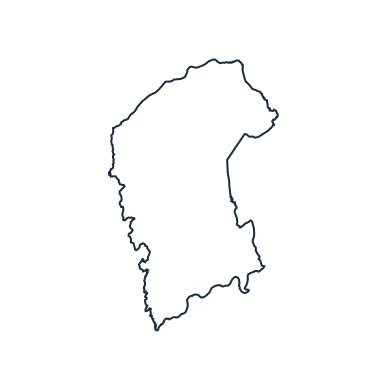 Zoundweogo, Zoundwéogo, Burkina Faso, rotated 32°
{"feature_id": "67063806B75605811528327", "entity_name": "Zoundweogo", "entity_type": "district", "adm_level": 2, "iso_a3": "BFA", "parent_name": "Burkina Faso", "parent_adm1": "Zoundwéogo", "projection": "equal_earth", "projection_center": [-0.952, 11.556], "detail": "fine", "context": "isolated", "style": "outline", "palette": "slate", "viewbox_px": 384, "rotation_deg": 32, "n_neighbors": 0, "source": "geoboundaries", "source_scale": "gbopen_adm2", "svg_char_len": 6040}
<svg xmlns="http://www.w3.org/2000/svg" viewBox="0 0 384 384"><g transform="rotate(32 192 192)"><path d="M99.9,194.3L101.0,196.2L102.5,197.5L103.0,198.4L102.8,199.2L103.3,199.8L105.1,201.2L106.1,201.4L105.8,202.6L105.9,203.4L107.1,205.1L108.5,205.9L109.1,207.7L110.2,208.7L110.2,210.6L111.1,211.2L112.0,212.8L112.1,214.2L111.1,215.7L111.5,216.8L111.5,218.3L111.9,218.9L111.2,219.4L111.8,220.4L112.2,220.4L112.6,219.3L113.2,219.6L113.5,220.3L112.8,220.7L112.6,221.1L112.9,221.5L114.6,221.3L115.1,221.9L118.1,219.6L119.1,219.2L120.7,220.0L121.5,220.0L122.0,220.5L123.8,220.8L124.3,221.9L125.1,222.7L125.8,222.8L126.7,223.6L129.5,222.9L130.1,222.3L130.4,222.6L131.1,222.4L131.7,222.9L131.7,224.5L131.2,225.6L130.3,230.0L131.9,231.9L133.7,232.6L135.5,234.4L136.6,236.7L136.7,237.3L136.2,237.9L136.5,239.3L136.8,240.2L137.4,240.8L138.8,241.3L139.8,242.2L141.3,241.3L142.0,241.7L143.7,244.4L144.6,247.8L146.2,249.3L147.6,250.1L148.0,251.4L148.7,252.4L150.3,251.3L150.7,248.9L151.7,247.3L153.1,246.7L154.3,245.6L155.8,245.4L156.7,244.8L157.3,245.1L157.4,245.3L157.0,245.5L156.6,247.1L156.3,247.4L156.4,248.9L155.9,249.7L156.5,250.7L157.4,254.0L158.7,255.0L161.3,255.4L162.0,256.2L161.8,259.0L160.7,260.7L160.9,262.0L161.4,262.9L163.4,262.9L165.6,264.8L166.8,267.0L169.6,266.5L174.5,271.1L175.6,270.8L175.9,269.8L176.6,268.7L176.7,266.6L175.9,264.3L177.6,261.5L179.7,261.3L180.6,262.3L181.0,262.0L181.7,262.2L182.8,262.0L183.8,263.3L187.9,265.0L188.9,268.2L189.2,270.7L190.4,272.7L189.4,275.1L189.4,276.5L187.6,276.6L187.1,275.5L186.5,275.1L185.7,275.0L185.4,275.5L185.6,276.2L186.0,276.1L186.2,276.9L185.4,279.5L185.5,281.8L186.6,282.4L188.3,284.5L191.1,284.1L192.6,285.3L193.0,284.3L193.7,283.9L194.4,282.7L194.6,281.7L196.0,281.6L195.5,283.0L196.1,283.9L196.9,283.6L197.1,286.0L197.5,286.9L197.1,287.6L197.5,288.1L197.3,288.9L197.7,289.2L197.7,289.9L198.5,292.6L200.0,293.5L200.6,294.2L200.7,295.2L201.4,295.6L201.7,297.1L201.5,297.8L202.0,298.5L202.1,299.2L203.4,299.7L203.5,300.8L204.3,301.5L204.4,302.3L205.0,302.4L205.7,301.1L206.3,301.8L207.5,301.4L207.7,301.6L207.8,302.5L207.4,303.8L207.7,305.6L208.0,305.9L209.3,305.6L210.1,306.5L210.1,307.3L209.4,308.3L209.5,308.7L211.4,311.0L212.4,311.8L214.5,312.2L214.3,313.8L214.7,314.0L214.6,315.3L214.9,316.7L215.7,317.1L215.9,317.5L216.3,317.2L217.3,316.0L217.8,313.1L219.0,312.9L219.2,314.1L221.7,317.2L221.9,319.0L222.5,319.3L223.5,318.3L224.5,319.7L225.5,320.5L226.2,320.3L226.1,320.9L227.9,321.8L228.6,322.6L229.4,322.5L230.0,323.1L230.9,323.1L231.6,323.6L231.8,323.9L231.3,324.4L231.3,324.9L232.0,325.4L232.4,325.2L232.8,326.8L233.3,326.7L233.6,327.3L233.3,327.4L234.2,328.1L235.1,328.2L236.0,327.6L236.3,326.7L235.6,325.1L235.5,323.1L235.9,322.1L235.9,320.7L236.4,320.6L237.1,318.4L237.1,317.7L236.7,317.5L236.9,316.6L236.4,315.8L237.1,313.0L238.8,312.4L239.1,311.9L240.3,312.1L242.2,308.5L243.2,307.6L245.9,306.3L246.4,305.7L247.1,303.8L247.8,300.8L248.9,300.0L249.9,298.3L250.2,297.1L250.0,295.4L249.0,291.6L247.8,289.3L245.3,286.6L244.8,285.4L245.0,283.1L246.2,280.6L247.3,279.9L247.7,278.7L249.2,277.0L251.7,276.1L255.0,276.6L256.0,276.4L256.6,276.1L258.5,273.6L259.9,268.7L260.0,267.1L259.6,264.3L259.7,262.5L261.6,259.2L263.7,257.0L264.8,256.3L268.1,255.9L270.6,253.2L271.7,252.7L272.4,251.8L273.0,249.6L272.4,245.0L273.1,241.7L274.0,240.7L276.0,240.3L278.3,241.4L279.6,243.1L280.1,243.2L280.4,244.2L281.2,245.3L281.1,245.9L281.4,246.5L283.2,247.7L283.5,248.5L286.2,249.9L288.0,250.3L290.1,249.8L291.8,248.1L292.4,246.3L292.3,245.4L291.7,245.0L289.4,246.1L288.0,246.0L287.6,245.1L287.4,241.6L286.9,239.5L285.6,236.4L283.8,233.9L283.3,231.9L284.6,229.6L286.9,226.7L287.4,225.5L289.2,224.3L290.0,224.5L291.0,224.0L292.9,218.4L292.6,216.6L290.8,217.4L289.6,217.0L286.4,214.0L284.0,213.5L284.0,211.9L283.2,210.7L282.1,210.7L281.5,210.0L279.7,209.5L278.8,208.7L278.0,208.6L277.3,208.1L275.5,205.2L273.0,204.5L271.1,202.9L270.0,202.4L269.1,200.8L268.2,197.1L267.4,195.3L265.8,192.8L262.8,189.0L258.4,185.2L256.8,185.0L255.7,187.7L253.8,190.7L253.0,194.0L251.6,196.8L251.1,196.7L250.5,195.8L248.3,196.1L247.3,195.8L246.9,195.4L246.7,194.2L244.2,190.7L238.9,186.5L238.0,185.0L238.0,182.6L238.3,182.1L237.5,180.8L235.4,180.2L234.7,178.9L234.2,179.1L233.6,178.1L232.6,178.9L232.1,178.9L231.3,178.3L230.4,178.9L230.4,177.6L229.8,178.0L229.4,177.8L229.3,176.9L229.7,176.9L229.6,176.4L229.0,175.9L228.3,176.3L227.6,175.4L227.2,175.7L226.9,175.4L227.0,174.8L225.4,173.3L219.6,165.9L218.2,163.6L211.8,156.3L204.8,146.1L205.9,115.4L206.4,114.6L208.0,114.3L211.4,114.7L214.2,112.7L216.8,112.4L218.5,110.8L219.7,109.0L224.2,99.3L224.6,96.9L225.2,95.5L225.4,92.4L226.0,92.0L225.9,91.5L225.1,91.8L224.9,91.0L222.5,89.5L222.5,88.0L223.0,87.1L223.4,87.2L223.7,86.7L224.6,82.9L224.3,82.3L224.1,82.5L224.2,81.6L223.9,81.0L222.2,80.2L220.4,78.6L219.3,78.6L218.6,79.1L218.1,78.9L218.2,79.4L217.7,80.4L214.9,81.6L214.8,81.2L214.3,81.2L214.3,80.7L213.5,80.3L213.4,79.8L212.4,80.4L211.1,79.7L209.1,77.0L207.7,75.8L207.1,74.5L205.2,75.1L204.2,74.4L203.6,74.7L203.1,73.8L202.2,74.0L201.4,73.3L200.4,73.0L199.5,71.7L197.7,71.6L197.1,71.0L193.0,71.8L192.1,71.7L188.7,72.6L183.4,70.7L178.8,69.7L176.5,67.9L170.4,62.0L169.6,60.7L169.4,59.8L167.8,58.2L168.0,57.5L167.6,57.2L165.8,57.0L164.9,56.1L163.5,56.3L162.4,55.8L160.6,56.4L159.7,57.2L158.4,59.7L157.9,59.6L157.3,60.0L157.5,60.8L156.7,61.7L155.7,61.6L155.4,61.7L154.9,62.9L152.4,63.6L151.1,65.2L149.1,66.3L147.5,67.9L145.0,68.0L141.8,67.4L140.9,67.7L139.3,68.9L136.9,72.4L135.7,75.9L134.1,78.9L130.6,83.6L129.1,84.6L124.9,86.1L124.0,87.3L123.6,88.3L123.5,90.9L124.5,93.3L124.9,96.3L124.8,98.5L124.3,99.6L122.7,101.9L117.0,106.4L116.2,108.4L115.1,109.8L111.6,112.1L111.0,112.9L109.7,122.0L108.9,125.2L107.9,127.6L105.5,131.2L103.9,134.7L103.0,138.1L101.9,140.9L100.6,148.8L100.8,152.2L100.6,154.6L98.9,159.0L98.9,164.3L96.5,167.2L95.9,168.9L95.3,169.6L95.2,171.2L95.7,172.0L95.2,173.5L94.4,175.0L92.7,177.0L92.4,178.4L91.1,179.6L93.2,182.3L94.0,184.8L93.6,186.8L95.6,189.0L96.4,191.5L98.9,194.3L99.9,194.3Z" fill="none" stroke="#1e293b" stroke-width="2"/></g></svg>